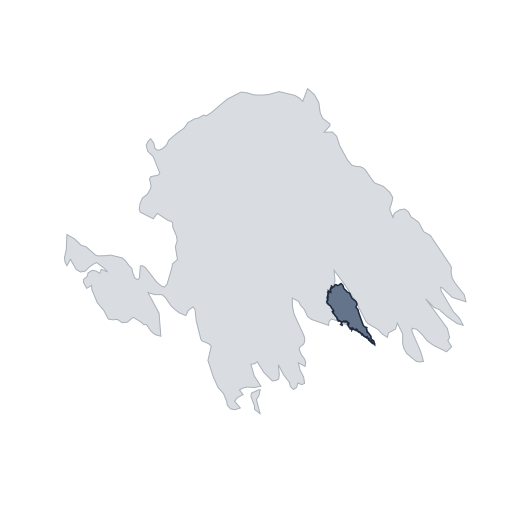 Kilrush Lea-5, Clare, Ireland shown in context, rotated 249°
{"feature_id": "5873133B68451217430396", "entity_name": "Kilrush Lea-5", "entity_type": "district", "adm_level": 2, "iso_a3": "IRL", "parent_name": "Ireland", "parent_adm1": "Clare", "projection": "natural_earth1", "projection_center": [-9.571, 52.715], "detail": "fine", "context": "in_parent", "style": "filled", "palette": "slate", "viewbox_px": 512, "rotation_deg": 249, "n_neighbors": 0, "source": "geoboundaries", "source_scale": "gbopen_adm2", "svg_char_len": 8936}
<svg xmlns="http://www.w3.org/2000/svg" viewBox="0 0 512 512"><g transform="rotate(249 256 256)"><path d="M325.6,100.6L314.3,106.5L312.6,108.8L309.5,117.8L309.1,120.4L302.2,130.4L298.2,132.5L292.2,134.1L288.8,135.7L284.5,134.9L279.1,135.0L276.4,136.8L276.5,138.2L278.2,139.8L288.2,144.4L287.7,146.4L284.9,148.6L266.9,154.0L261.6,157.2L259.8,159.4L261.7,163.0L276.1,173.9L278.6,175.1L280.8,181.4L293.5,184.0L298.7,188.0L303.2,188.9L312.9,188.6L316.8,190.1L319.0,189.0L320.3,186.9L331.1,179.2L327.6,173.4L338.5,163.6L341.5,163.7L346.7,166.7L351.0,170.9L352.4,176.5L356.5,181.5L359.1,183.2L366.1,184.2L367.8,186.2L366.6,193.4L367.7,195.9L385.5,195.7L392.6,192.5L398.7,193.1L401.8,196.3L403.2,199.7L398.0,201.0L392.4,200.3L389.7,202.5L389.6,206.7L391.6,212.2L395.4,216.1L398.5,224.8L401.1,234.5L405.0,240.4L406.0,247.7L405.5,251.3L406.3,257.7L404.7,260.0L406.0,266.0L412.8,285.5L414.4,300.8L411.3,306.5L407.1,311.9L404.4,318.4L402.3,325.3L401.2,336.5L392.1,349.7L388.2,353.0L383.6,355.0L393.8,364.2L385.7,368.3L376.7,369.6L366.7,367.3L360.6,367.6L352.8,372.4L351.0,371.5L347.1,363.9L344.5,371.7L338.8,374.2L329.0,373.7L312.7,375.8L306.4,378.0L303.8,381.5L301.9,385.5L299.3,387.9L296.5,389.1L283.8,392.1L281.3,393.3L275.5,399.8L267.9,403.6L261.5,404.7L255.8,400.9L253.5,398.6L250.9,397.5L242.2,397.6L244.9,398.8L246.7,401.5L247.6,406.6L246.6,411.6L242.4,414.2L237.2,414.7L229.2,419.9L218.5,421.3L212.8,426.1L177.4,434.2L175.4,434.3L170.5,432.2L165.2,431.3L160.0,432.0L145.2,436.5L138.0,435.6L147.1,424.3L159.4,418.6L160.7,417.1L156.7,416.3L133.3,420.3L125.2,423.6L117.1,424.6L120.9,419.5L131.4,412.4L140.4,407.8L144.3,403.7L155.3,399.0L119.8,408.7L110.5,407.5L108.3,404.8L101.1,406.1L98.3,399.5L109.1,389.6L115.4,385.4L122.8,383.1L130.0,379.8L132.6,375.8L129.3,374.5L107.9,375.5L97.6,374.6L98.2,371.4L100.1,367.9L110.7,361.9L116.5,360.9L121.6,361.5L130.6,365.0L142.7,363.9L137.7,360.0L136.8,352.2L132.9,349.5L137.9,345.9L143.5,343.7L152.9,336.2L156.2,335.1L174.8,333.2L194.8,329.3L214.6,323.8L204.4,320.8L199.5,316.8L191.7,324.9L186.1,328.0L170.2,329.7L165.1,328.7L158.1,326.2L155.9,327.2L153.8,329.1L143.3,333.1L132.2,334.1L145.1,326.8L161.4,314.4L165.0,310.5L170.2,303.7L168.6,300.6L165.2,298.9L177.0,284.9L181.2,282.4L188.7,282.0L194.3,279.8L196.7,279.8L198.9,279.0L203.7,274.8L196.2,272.1L188.5,270.7L164.6,272.2L161.4,271.9L158.5,270.6L156.6,268.7L155.1,264.0L153.4,262.9L148.0,262.9L142.6,264.4L138.9,264.3L135.3,262.2L141.1,257.3L133.6,256.2L126.0,257.1L119.7,255.7L119.5,252.6L122.4,249.6L118.7,246.7L117.9,243.1L121.9,241.3L126.2,241.9L135.1,239.2L146.5,237.9L136.8,235.2L132.9,233.0L132.7,229.5L133.5,226.5L144.8,221.5L156.8,219.3L155.9,216.0L156.8,212.4L144.6,211.4L132.6,213.9L133.9,207.1L136.8,200.9L137.4,196.8L136.8,192.5L131.2,194.3L130.5,188.2L128.1,184.0L119.8,186.9L120.0,181.3L122.4,177.5L126.8,175.8L131.1,176.5L139.1,176.4L146.8,173.5L158.0,172.8L175.7,173.7L187.9,181.9L191.1,180.4L195.9,175.3L198.2,174.7L216.6,176.9L228.0,179.9L231.1,179.0L229.4,173.2L225.5,169.2L230.4,164.0L236.3,160.5L240.3,158.7L249.6,156.5L253.6,154.4L256.2,147.7L260.5,142.1L237.3,145.0L215.2,138.4L218.7,133.7L223.3,131.1L231.3,129.1L232.1,126.6L236.1,124.6L242.8,119.3L240.3,112.3L241.6,107.2L246.4,103.9L247.9,99.1L250.0,95.6L259.8,94.4L269.2,91.1L283.7,90.7L287.4,92.0L286.5,86.3L293.3,85.5L296.0,86.7L297.2,90.7L300.4,93.3L301.4,97.9L299.3,101.3L295.9,104.0L299.1,106.8L294.2,111.8L299.5,109.6L307.0,104.8L306.6,100.8L305.2,95.8L303.1,91.3L304.0,86.3L308.2,83.2L319.4,81.6L314.7,76.0L318.8,75.5L323.3,76.7L329.8,81.1L343.8,87.2L337.1,92.7L328.8,96.5L325.6,100.6ZM130.1,209.3L129.8,212.0L124.5,208.6L121.9,205.0L107.3,203.3L113.4,199.7L116.4,200.8L126.7,201.0L129.6,202.5L130.1,209.3Z" fill="#d9dde1" stroke="#a8b0b8" stroke-width="1"/><path d="M172.9,331.2L174.3,332.8L175.0,333.1L177.4,333.1L179.2,332.3L182.2,330.5L184.8,330.2L186.9,330.2L188.0,329.9L189.9,328.1L191.3,327.7L193.5,326.6L195.0,326.4L197.5,326.6L199.9,325.5L199.1,322.7L199.1,321.9L199.4,321.3L200.5,320.6L200.8,320.2L200.8,319.7L200.6,319.1L199.4,317.9L199.3,317.2L199.5,316.7L200.0,316.1L200.4,315.9L201.7,315.5L200.4,315.7L199.8,316.0L199.2,316.0L199.4,315.9L199.5,315.7L198.6,315.0L199.4,314.5L199.2,314.3L198.9,314.2L198.4,313.5L198.4,313.4L198.1,313.2L197.2,313.2L196.8,312.8L196.3,313.1L196.2,312.9L195.4,313.0L195.3,312.9L195.6,312.8L196.1,312.4L196.3,312.3L196.6,312.0L196.2,312.0L196.0,311.9L196.1,311.7L196.2,311.4L196.5,311.2L197.4,310.9L196.5,310.5L196.6,310.3L196.5,310.2L196.4,309.9L195.8,309.9L195.7,309.9L195.8,310.1L195.6,310.5L195.0,310.2L194.5,309.9L194.2,309.5L194.3,309.3L193.8,308.9L193.6,308.8L193.3,308.9L192.9,308.9L192.9,308.7L192.7,308.7L192.2,308.7L191.9,308.5L192.4,308.4L192.4,308.2L192.0,308.1L192.0,307.6L191.5,307.5L190.7,307.8L190.6,307.6L190.8,307.3L190.6,307.2L190.0,307.2L189.5,307.5L189.3,307.4L189.1,307.3L189.0,306.7L188.7,306.8L188.4,306.4L188.5,306.2L188.0,305.8L187.8,305.5L187.0,305.7L186.6,305.5L186.1,305.6L185.9,305.8L185.9,306.1L185.6,306.3L185.4,306.2L184.8,306.1L184.3,306.6L183.5,307.0L183.1,307.5L182.3,307.7L182.1,307.9L181.3,307.7L180.4,307.9L179.7,308.0L179.0,308.4L178.8,308.6L178.0,308.8L177.5,308.8L177.0,309.0L176.3,308.5L176.3,308.4L176.2,308.3L176.5,308.2L176.4,308.0L176.4,307.8L177.0,307.5L176.9,307.3L176.7,307.2L175.4,307.7L175.1,307.5L174.4,307.7L174.4,308.0L173.1,308.4L172.3,308.4L171.5,308.6L170.9,309.0L169.8,309.3L169.4,309.6L168.7,309.6L168.5,309.4L168.5,309.2L168.2,309.1L167.4,309.2L167.2,309.6L166.7,309.6L165.8,309.5L165.7,309.7L165.6,310.0L165.9,310.1L166.0,310.2L165.9,310.3L165.6,310.4L165.7,310.6L165.6,311.0L164.4,311.7L163.6,311.9L163.3,311.8L163.2,311.8L163.3,311.7L163.0,311.8L163.3,312.3L163.4,312.8L163.6,313.2L163.5,313.5L163.0,313.6L163.3,313.6L163.4,313.8L163.3,314.0L163.6,314.1L163.8,314.3L163.8,314.8L163.7,315.0L163.4,315.1L162.1,315.5L162.5,315.5L162.4,315.7L162.7,315.6L162.8,315.7L163.0,315.9L163.0,316.6L162.6,317.3L161.7,317.7L161.4,317.6L160.9,317.7L160.5,317.6L160.3,317.7L160.4,317.9L160.7,318.1L160.7,318.3L160.5,318.5L160.0,318.6L159.6,318.5L159.8,318.2L159.5,318.0L159.6,317.8L159.5,317.6L158.9,317.6L158.8,317.4L159.0,317.1L158.6,317.2L158.4,317.1L157.9,317.2L157.5,317.1L156.7,317.3L155.8,317.5L155.7,317.7L155.8,317.7L154.7,317.8L154.8,317.9L154.6,318.0L154.8,318.1L154.8,318.3L154.6,318.5L154.6,318.8L154.2,318.8L153.7,318.9L153.1,318.9L153.6,319.2L153.6,319.5L153.3,319.5L152.9,319.3L152.7,319.2L152.8,319.4L153.1,319.6L153.1,319.8L153.8,320.0L153.6,320.2L154.0,320.5L153.3,320.8L152.8,320.7L151.9,321.4L151.5,321.4L151.9,321.5L151.5,321.8L151.4,322.0L151.1,322.2L151.5,322.1L151.2,322.4L151.3,322.5L150.9,322.6L151.0,322.8L151.4,322.7L151.5,323.4L151.8,323.5L151.7,323.8L151.4,324.0L151.2,323.9L151.2,323.7L150.4,323.6L149.9,323.8L149.7,323.7L149.6,323.9L149.8,324.0L149.3,324.2L149.2,324.3L149.0,324.5L148.7,324.3L148.2,324.6L148.5,324.9L148.2,325.1L148.1,325.3L147.6,325.5L147.4,325.8L147.3,325.7L146.7,325.8L146.5,326.0L146.4,325.8L146.4,326.1L146.2,326.4L145.2,327.0L145.4,327.3L145.1,327.1L144.9,327.2L144.9,327.4L144.6,327.4L144.7,327.5L144.1,327.6L143.7,327.7L143.7,327.9L143.0,328.1L142.6,328.1L142.2,328.4L142.1,328.6L142.2,328.3L141.8,328.8L141.8,328.6L141.7,328.7L141.6,328.8L141.2,328.9L140.8,329.2L141.0,329.1L140.9,329.3L141.2,329.2L141.2,329.4L140.7,329.5L140.9,329.5L140.7,329.5L140.2,329.8L140.4,330.0L140.2,330.1L140.4,330.2L140.2,330.3L140.5,330.3L140.1,330.5L140.3,330.7L140.2,330.7L140.2,330.8L139.6,330.9L139.6,331.1L139.3,331.2L138.7,331.3L138.6,331.5L138.5,331.2L138.1,331.3L138.3,331.4L138.2,331.5L137.9,331.6L136.8,331.6L136.8,331.8L136.5,331.7L136.3,332.1L136.3,331.9L136.2,332.0L136.3,331.8L136.1,331.9L135.9,331.9L135.8,332.0L135.6,332.1L135.3,332.0L135.1,332.1L135.3,332.1L134.9,332.2L135.1,332.2L134.9,332.3L135.6,332.4L135.6,332.5L134.8,332.8L135.0,332.9L134.7,333.2L133.6,333.0L133.3,333.3L132.5,333.5L132.3,333.8L132.2,334.1L132.3,334.1L131.8,334.4L131.8,334.5L130.6,335.0L131.3,335.3L131.7,335.2L131.7,335.3L132.8,335.1L133.2,335.3L133.5,335.2L134.1,335.2L134.2,335.4L133.9,335.4L134.0,335.5L134.5,335.2L134.9,335.2L135.0,335.1L135.4,334.9L135.7,334.8L136.2,334.4L136.3,334.2L136.1,334.1L137.3,333.9L138.0,333.8L138.3,334.1L138.8,334.0L139.2,334.2L139.3,334.4L139.4,334.5L140.2,334.5L141.7,333.9L142.0,334.0L142.8,333.8L143.9,333.3L144.9,333.1L144.6,332.9L144.7,332.6L145.3,332.4L145.7,332.5L145.9,332.8L146.0,332.8L146.0,332.7L146.4,332.6L146.6,332.7L146.6,332.9L147.1,333.1L147.9,333.0L148.2,332.8L149.4,333.8L151.1,331.9L152.7,331.3L159.9,331.4L167.1,331.6L169.2,332.0L170.0,331.8L171.8,331.1L172.3,331.0L172.9,331.2ZM161.2,311.6L161.5,311.6L161.7,311.3L162.1,311.2L161.7,311.0L161.7,311.3L161.3,311.5L159.8,311.3L160.1,311.5L160.3,311.9L160.2,311.9L160.7,311.9L161.2,311.6ZM145.5,326.5L145.7,326.4L145.8,326.3L145.3,326.4L145.5,326.5ZM160.8,313.5L160.6,313.5L160.8,313.5ZM161.9,310.3L161.6,310.4L162.1,310.4L161.9,310.3ZM154.3,318.0L154.6,317.9L154.3,318.0Z" fill="#64748b" stroke="#1e293b" stroke-width="1.5"/></g></svg>